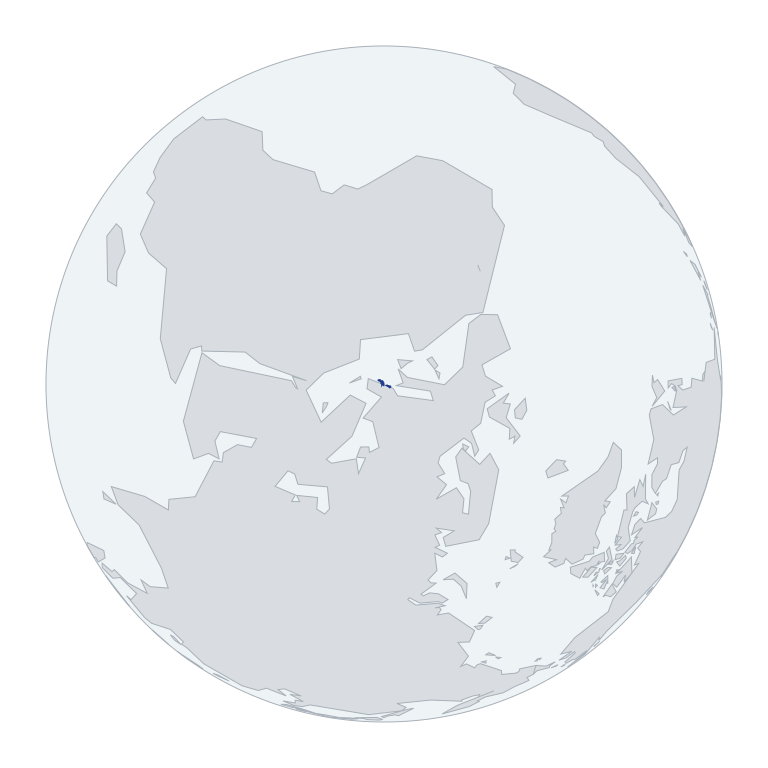 Ionioi Nisoi highlighted on a globe, orthographic projection, rotated 144°
{"feature_id": "GRC-2883", "entity_name": "Ionioi Nisoi", "entity_type": "Region", "adm_level": 1, "iso_a3": "GRC", "parent_name": "Greece", "parent_adm1": "", "projection": "orthographic", "projection_center": [20.478, 38.738], "detail": "fine", "context": "on_globe", "style": "filled", "palette": "blue", "viewbox_px": 768, "rotation_deg": 144, "n_neighbors": 0, "source": "natural_earth", "source_scale": "10m", "svg_char_len": 12931}
<svg xmlns="http://www.w3.org/2000/svg" viewBox="0 0 768 768"><g transform="rotate(144 384 384)"><circle cx="384" cy="384" r="338" fill="#eef3f6" stroke="#a8b0b8"/><path d="M248.6,74.4L255.3,71.8L245.8,75.9L251.6,73.8L263.9,69.0L270.6,66.5L307.3,59.3L348.7,53.2L360.5,50.3L358.9,52.5L380.4,47.3L402.0,47.1L378.3,48.2L376.5,49.2L391.5,49.0L392.8,50.1L400.9,51.0L401.1,52.7L387.3,54.1L387.2,55.5L397.8,55.4L404.8,57.7L389.1,57.4L399.7,61.6L378.5,66.7L336.4,68.0L325.2,75.3L283.5,89.1L287.9,90.4L274.9,97.7L275.2,102.2L267.4,104.3L274.3,106.2L281.4,103.5L286.8,103.7L287.7,106.4L277.8,109.2L276.0,108.3L273.5,110.5L268.3,111.0L271.3,112.3L259.3,115.9L272.3,116.5L263.6,122.9L255.4,124.3L254.9,118.6L234.7,110.7L226.2,111.8L214.7,118.2L195.7,141.0L186.8,145.1L175.8,154.7L181.2,154.4L191.7,147.1L199.1,149.9L211.1,141.4L215.9,141.6L228.8,135.9L228.1,143.0L220.5,153.2L209.7,158.6L206.1,163.6L217.4,164.0L198.4,180.4L187.7,202.8L182.7,206.9L170.8,203.7L168.1,188.8L152.9,187.8L164.0,195.1L151.2,206.5L149.6,211.5L151.1,215.3L156.4,213.8L152.3,219.5L139.7,213.5L143.2,208.2L147.2,209.9L145.8,203.4L137.3,200.9L131.5,207.7L124.7,199.3L120.4,204.3L116.6,205.8L123.8,198.1L110.7,212.1L101.8,209.6L83.7,235.7L100.1,207.5L105.1,197.7L109.6,188.8L106.5,192.8L116.6,177.7L117.4,176.4L132.8,158.0L149.5,140.7L167.3,124.7L186.3,110.0L206.2,96.6L227.0,84.8L248.6,74.4ZM85.4,225.8L84.3,228.0L83.2,229.9L85.4,225.8ZM52.7,317.5L53.8,313.9L54.3,319.2L50.5,334.5L53.7,326.9L51.9,340.5L54.9,362.6L53.7,364.3L55.7,401.6L63.9,430.6L65.7,446.7L64.2,451.2L68.3,460.5L68.5,465.2L90.4,501.3L106.1,527.7L108.6,543.2L101.4,549.2L108.7,576.3L99.5,566.4L87.5,546.1L76.9,525.0L67.8,503.3L60.3,480.9L54.3,458.1L49.9,434.9L47.2,411.4L46.1,387.9L46.7,364.3L48.9,340.8L52.7,317.5ZM79.0,243.1L68.1,276.5L69.4,266.0L70.1,266.0L73.8,255.5L79.2,241.1L81.8,233.4L79.0,243.1ZM85.0,238.8L86.5,234.2L85.7,237.7L85.0,238.8ZM273.4,65.4L264.0,68.9L252.4,73.2L260.0,70.0L273.4,65.4ZM295.7,59.3L291.7,60.8L285.6,61.7L289.8,60.5L295.7,59.3ZM368.6,48.5L360.7,49.1L367.9,48.2L368.6,48.5ZM401.9,50.9L403.8,50.5L407.2,51.2L401.9,50.9ZM228.3,132.6L228.5,134.2L226.0,134.4L228.3,132.6ZM233.7,128.7L230.6,127.8L232.7,125.9L234.5,126.5L233.7,128.7ZM410.7,54.6L415.6,56.2L408.2,54.7L410.7,54.6ZM237.0,130.5L236.8,122.6L240.6,119.4L250.8,119.2L237.0,130.5ZM416.9,57.4L428.9,62.1L434.0,61.4L426.4,66.9L418.7,60.5L408.8,58.6L415.6,58.6L416.9,57.4ZM283.3,101.6L275.8,104.5L281.3,99.8L283.3,101.6ZM285.5,98.6L294.7,85.2L306.2,82.7L300.8,87.4L315.1,82.8L316.2,88.1L308.6,91.8L300.9,92.2L307.2,94.1L285.5,98.6ZM420.3,69.6L421.2,71.2L417.6,69.8L420.3,69.6ZM289.4,103.4L290.3,100.7L300.3,98.2L300.4,103.3L297.2,102.4L289.4,103.4ZM318.3,79.3L325.8,78.7L328.7,82.7L332.0,83.1L317.2,88.0L318.3,79.3ZM295.3,104.3L300.3,106.0L296.3,109.8L289.3,106.0L295.3,104.3ZM302.8,95.5L307.6,94.7L305.0,96.8L302.8,95.5ZM284.9,124.9L285.7,121.1L291.0,119.4L284.9,124.9ZM302.4,106.5L303.7,105.2L305.9,104.3L308.3,106.2L302.4,106.5ZM320.3,90.8L320.0,92.8L326.5,88.9L329.0,92.2L318.6,95.1L324.1,95.2L324.9,96.3L315.6,97.5L320.3,90.8ZM317.2,105.5L304.9,111.0L302.3,118.1L297.5,119.6L302.6,108.1L317.2,105.5ZM317.1,100.6L316.1,103.9L310.6,103.9L308.0,101.7L317.1,100.6ZM334.4,93.6L333.3,87.8L335.6,87.4L334.4,93.6ZM317.5,107.5L320.5,106.2L318.0,108.0L317.5,107.5ZM330.4,97.7L329.7,95.6L332.4,95.2L330.4,97.7ZM327.0,105.5L323.0,107.1L321.1,105.6L327.0,105.5ZM329.4,101.9L333.2,101.9L322.8,104.0L328.7,101.0L329.4,101.9ZM333.0,97.7L334.4,96.8L332.9,98.7L333.0,97.7ZM336.7,111.0L324.0,114.0L319.7,110.3L332.6,107.8L336.7,111.0ZM205.3,530.2L182.3,477.9L192.4,463.4L193.3,441.5L262.0,383.7L277.6,391.7L332.9,389.1L340.0,392.6L334.6,410.4L376.9,433.7L389.3,418.7L426.5,428.3L450.6,424.8L457.3,390.0L417.8,394.9L409.9,378.9L440.6,360.6L475.0,356.9L473.0,350.7L450.4,339.8L457.3,326.4L442.4,335.0L449.2,340.8L440.0,346.8L433.3,342.0L436.0,337.2L425.4,335.5L415.2,360.1L420.9,368.7L393.7,374.9L400.6,390.1L393.5,397.6L379.2,375.1L379.9,366.4L353.9,341.6L350.7,351.0L375.0,375.5L367.8,373.6L363.7,387.9L361.2,375.6L335.5,347.8L310.3,351.4L279.7,383.1L264.7,383.3L251.4,373.3L261.0,338.2L293.5,341.9L297.3,330.8L289.5,312.5L300.0,315.6L300.8,309.0L313.0,309.8L328.8,295.4L341.0,294.8L346.1,275.0L353.0,272.3L348.0,284.6L351.1,293.3L381.2,292.6L386.7,288.3L387.5,275.8L395.7,277.7L392.6,265.8L409.4,260.1L386.4,257.5L386.8,244.1L396.2,233.6L392.2,229.0L376.9,246.4L374.5,253.9L379.0,261.0L368.9,282.8L358.8,286.3L353.8,262.7L339.0,265.6L341.6,247.1L381.4,209.5L398.6,202.1L429.5,216.4L426.3,225.0L413.5,223.9L426.4,236.7L424.8,230.0L431.6,232.0L433.7,220.8L438.6,221.8L432.2,209.8L438.4,209.7L442.4,217.3L450.8,202.0L463.5,199.6L463.0,195.7L458.9,192.3L477.7,192.2L476.6,189.4L470.0,188.3L463.3,182.3L458.9,172.0L465.7,172.5L468.2,176.3L483.6,185.5L489.2,196.3L491.5,195.5L488.2,186.4L469.4,175.0L464.9,168.7L474.4,172.9L470.6,170.8L470.4,167.9L476.6,165.8L466.4,160.8L455.6,131.3L466.5,125.1L476.1,131.5L475.7,114.2L487.9,110.4L481.8,109.1L477.5,101.1L473.6,102.1L470.3,101.0L457.4,83.1L459.6,79.9L447.1,72.5L443.9,72.1L441.6,73.8L426.4,66.9L434.0,61.4L440.8,62.5L440.9,59.0L456.3,62.4L469.2,64.2L485.9,71.2L494.6,72.7L493.6,71.3L504.7,73.0L530.9,82.9L513.9,81.0L475.6,71.2L491.6,75.3L489.2,76.5L495.8,79.5L507.0,82.7L507.5,81.6L531.9,100.8L561.3,117.9L556.2,109.5L561.6,109.1L590.6,125.4L632.4,167.8L639.9,171.1L646.1,177.3L652.0,187.0L643.3,178.1L641.7,180.4L635.9,174.4L642.5,188.3L634.4,180.3L643.6,195.8L649.4,199.1L646.5,189.2L657.9,207.0L665.8,209.9L676.1,223.1L694.2,263.5L698.6,286.8L700.8,292.5L697.8,293.2L701.0,310.9L712.6,326.9L714.9,335.3L716.7,364.0L715.4,358.2L707.3,359.9L711.1,382.4L717.5,386.2L719.8,401.1L717.3,404.7L714.3,392.2L711.3,392.3L708.3,373.8L698.6,353.8L695.7,368.2L692.3,357.5L678.5,345.7L672.3,365.9L665.0,413.9L670.1,442.6L664.9,461.3L643.6,433.6L632.5,408.8L625.8,417.1L603.1,403.8L566.8,421.8L560.8,416.0L554.2,422.9L538.1,421.0L528.5,410.6L519.1,414.8L544.4,441.7L554.4,437.2L561.4,420.3L566.7,431.0L582.1,435.3L568.2,471.8L512.9,516.3L506.1,495.4L456.9,441.0L457.6,433.2L457.4,432.4L456.7,431.0L453.6,443.9L444.7,432.2L472.4,473.4L477.6,491.5L512.1,517.8L509.2,522.0L519.9,526.0L552.4,507.0L552.9,514.3L538.4,552.1L492.1,605.1L497.5,628.4L493.0,648.5L462.6,666.0L463.7,678.2L447.8,684.7L445.8,691.1L432.1,698.8L409.9,705.9L373.7,706.8L372.7,702.2L356.4,691.5L334.3,659.8L344.6,644.3L341.9,630.7L315.6,596.2L321.4,577.4L314.1,568.2L299.2,568.5L290.6,557.1L281.4,555.4L223.5,549.4L205.3,530.2ZM239.8,418.6L238.2,425.2L239.8,418.6ZM512.7,370.2L532.3,365.2L521.0,346.4L527.7,343.2L521.4,338.4L520.1,345.2L504.4,331.2L512.0,322.2L508.4,313.6L501.6,314.9L490.2,334.0L512.6,353.5L509.1,363.7L512.7,370.2ZM55.1,363.1L55.1,368.8L54.2,365.3L55.1,363.1ZM67.1,270.2L66.0,275.0L64.6,279.6L65.0,276.9L67.1,270.2ZM63.9,308.7L63.8,315.3L62.8,311.0L63.9,308.7ZM66.9,281.5L63.8,304.1L62.1,297.7L64.4,283.8L64.2,289.8L66.9,281.5ZM80.4,244.7L79.1,248.5L77.8,250.2L80.4,244.7ZM84.4,241.4L84.5,240.5L86.1,237.1L84.4,241.4ZM152.0,206.8L152.8,207.5L153.1,212.0L150.7,211.5L152.0,206.8ZM168.6,224.5L161.6,233.4L164.8,226.4L160.0,226.8L161.0,213.3L180.2,208.3L171.3,212.7L168.6,224.5ZM167.5,194.9L164.8,203.3L167.0,194.3L167.5,194.9ZM293.2,274.4L297.7,279.4L293.5,286.5L278.1,289.5L283.9,278.8L293.2,274.4ZM305.0,284.9L304.4,261.9L313.9,259.9L308.7,264.8L315.1,265.7L308.3,274.0L318.1,295.4L315.1,303.3L288.2,303.1L298.7,298.5L293.6,293.6L305.0,284.9ZM285.8,213.9L285.7,205.9L306.6,211.6L304.3,218.5L288.8,221.3L282.4,214.8L285.8,213.9ZM255.0,132.5L253.6,130.5L256.3,129.5L259.8,130.4L255.0,132.5ZM284.8,123.2L264.0,141.0L261.4,139.3L252.4,152.7L241.9,153.8L248.0,145.0L233.2,156.3L234.5,148.8L225.3,157.2L240.1,137.4L240.7,131.7L244.0,137.4L253.7,136.4L258.1,134.3L270.9,124.3L277.0,112.4L287.5,110.2L293.4,111.8L293.5,114.3L286.6,114.8L291.8,117.8L281.9,120.5L284.8,123.2ZM355.8,142.6L347.7,140.4L356.4,150.4L346.5,151.7L348.2,152.8L341.5,157.0L336.2,164.2L331.5,163.8L331.5,166.9L327.0,170.0L325.4,174.2L316.5,175.2L313.8,180.5L311.1,178.0L308.8,187.1L306.6,180.9L300.6,184.9L305.9,188.8L262.1,187.8L245.5,193.4L232.8,202.0L230.6,191.1L241.1,176.7L257.8,163.0L274.1,159.6L270.2,155.8L276.9,153.2L277.2,157.3L280.7,149.6L286.2,148.7L301.0,138.8L302.6,129.1L308.1,125.6L310.2,129.0L314.1,123.3L321.9,127.5L326.0,125.3L337.8,127.7L339.6,136.2L344.0,133.1L353.2,135.3L355.8,142.6ZM339.8,111.8L344.3,120.8L341.0,126.2L321.9,119.9L317.1,121.4L304.8,118.4L309.7,110.8L312.8,112.3L316.9,112.0L313.7,114.5L319.4,112.3L323.8,114.5L329.4,113.5L329.3,116.6L339.8,111.8ZM347.4,386.0L352.8,387.0L361.1,386.4L358.6,395.7L347.4,386.0ZM329.5,367.3L334.3,366.4L334.9,378.5L329.3,377.8L329.5,367.3ZM336.5,355.9L334.5,365.4L332.3,359.9L336.5,355.9ZM352.4,283.3L357.4,281.9L358.1,284.8L355.6,289.2L352.4,283.3ZM379.5,175.5L375.4,172.7L376.7,171.1L373.4,162.1L380.4,160.8L385.2,165.8L379.5,175.5ZM450.9,396.9L444.2,404.4L440.4,401.8L443.5,399.7L450.9,396.9ZM399.4,401.6L411.4,405.1L398.6,404.1L399.4,401.6ZM386.6,172.7L384.4,169.0L389.3,170.7L386.6,172.7ZM385.4,159.5L391.0,160.6L380.9,159.7L385.4,159.5ZM547.0,629.9L521.3,666.6L506.4,671.0L505.2,663.7L515.8,643.1L533.6,632.4L542.8,620.4L547.0,629.9ZM719.0,428.0L717.3,430.2L708.6,414.0L711.9,407.2L719.7,408.0L719.3,413.2L720.5,414.2L719.1,427.6L719.0,428.0ZM721.8,392.8L721.8,387.7L721.7,377.8L721.7,372.9L720.5,353.4L721.8,392.8ZM671.4,444.2L678.1,455.6L674.7,462.2L671.4,444.2ZM715.6,319.0L716.0,321.2L711.2,299.5L711.4,300.3L715.6,319.0ZM708.2,288.8L707.8,287.5L707.0,284.6L707.4,286.1L708.2,288.8ZM704.1,300.1L704.3,306.7L702.6,303.0L701.4,292.4L704.1,300.1ZM683.9,234.8L690.1,245.7L692.4,250.4L689.4,246.2L683.9,234.8ZM443.5,161.9L440.3,175.3L442.6,185.3L451.2,190.9L437.7,189.3L434.1,173.8L443.5,161.9ZM453.4,134.7L445.8,130.7L449.9,129.2L452.2,129.9L453.4,134.7ZM448.3,134.6L437.5,135.9L433.8,131.6L443.0,131.3L448.3,134.6ZM412.2,153.2L410.7,157.1L406.8,155.5L412.2,153.2ZM706.4,282.9L706.9,284.7L699.3,264.7L697.8,259.6L704.2,276.2L704.5,276.8L706.4,282.9ZM646.6,173.4L642.7,169.5L639.2,164.4L642.9,168.5L646.6,173.4ZM623.9,146.4L636.9,161.9L646.7,175.5L647.2,174.9L655.7,185.5L651.2,182.0L639.0,166.3L632.8,157.6L625.1,149.9L616.3,140.5L607.6,133.7L601.6,128.3L607.6,132.1L623.9,146.4ZM604.1,131.3L585.8,118.5L582.2,113.3L585.4,114.9L595.3,122.7L596.6,124.9L604.1,131.3ZM580.3,114.1L581.4,116.4L556.7,107.2L550.6,104.2L567.5,107.2L569.4,109.7L576.1,113.2L580.3,114.1ZM424.6,71.0L421.5,71.2L422.8,70.0L424.6,71.0ZM468.3,101.7L464.0,100.0L465.7,98.3L468.3,101.7ZM453.2,94.6L454.3,97.7L450.4,94.1L453.2,94.6ZM457.1,105.0L453.3,98.8L460.9,105.1L457.1,105.0Z" fill="#d9dde1" stroke="#a8b0b8" stroke-width="1"/><path d="M385.2,388.0L385.1,387.9L384.9,387.8L384.8,387.7L384.6,387.6L384.4,387.8L384.1,387.7L384.1,387.4L384.0,387.2L384.1,387.3L384.1,387.2L383.9,386.8L383.8,386.7L383.8,386.8L383.8,387.1L383.8,387.3L383.7,387.4L383.6,387.5L383.5,387.4L383.4,387.3L383.4,387.2L383.4,386.9L383.5,386.8L383.5,386.7L383.6,386.4L383.6,386.2L383.7,386.3L383.8,386.2L383.8,386.3L384.0,386.5L384.1,386.4L384.3,386.3L384.3,386.1L384.2,386.0L384.3,386.1L384.3,385.9L384.3,385.7L384.7,386.3L384.7,386.5L384.7,386.8L384.8,386.9L384.9,386.7L384.9,386.8L385.0,386.8L385.1,387.0L385.3,387.2L385.3,387.3L385.5,387.6L385.5,387.8L385.5,388.0L385.4,388.0L385.3,387.9L385.2,388.0L385.2,388.0ZM382.2,379.9L382.3,380.0L382.4,380.3L382.1,380.2L381.9,380.1L381.7,380.0L381.6,379.9L381.4,379.9L381.5,379.9L381.3,379.8L381.3,379.7L381.3,379.8L381.2,379.7L381.1,379.4L381.1,379.2L380.8,378.9L380.7,378.8L380.6,378.5L380.4,378.5L380.4,378.4L380.4,378.2L380.2,378.1L380.3,377.8L380.4,377.7L380.8,377.7L381.0,377.7L381.3,377.6L381.5,377.7L381.5,377.8L381.6,378.0L381.4,378.1L381.2,378.3L381.1,378.5L381.4,378.7L381.5,378.8L381.4,378.9L381.4,379.0L381.5,379.6L381.8,379.7L381.8,379.8L382.0,379.9L382.2,379.9ZM386.0,389.6L386.4,389.9L386.4,390.1L386.2,390.0L386.1,389.9L385.9,389.9L385.9,390.0L385.7,390.1L385.7,390.3L385.4,390.2L385.2,390.0L385.1,389.9L384.9,389.7L384.7,389.4L384.7,389.2L384.8,388.9L385.0,388.8L385.2,389.0L385.3,389.2L385.4,389.3L385.5,389.2L385.7,389.3L385.9,389.4L386.0,389.6ZM384.5,384.7L384.5,384.8L384.4,384.9L384.3,385.0L384.3,384.8L384.4,384.3L384.5,384.1L384.6,383.7L384.8,383.5L384.9,383.4L385.0,383.3L385.1,383.5L385.1,383.8L385.2,384.0L385.0,384.3L385.1,384.2L385.1,384.3L385.1,384.6L384.9,384.8L384.9,384.7L384.8,384.8L384.7,384.8L384.8,384.9L384.7,384.9L384.6,384.7L384.5,384.7ZM385.1,386.0L385.3,386.2L385.2,386.2L385.2,386.3L385.3,386.4L385.2,386.5L385.0,386.4L384.9,386.2L384.8,385.9L384.7,385.7L384.8,385.5L384.8,385.4L384.9,385.5L385.0,385.7L385.0,385.8L384.9,386.1L385.0,386.2L385.1,386.0ZM386.2,384.5L386.0,384.8L385.9,384.8L385.9,384.6L386.0,384.6L386.2,384.5ZM382.5,381.0L382.7,381.3L382.4,381.2L382.5,381.0ZM385.5,384.4L385.5,384.5L385.4,384.5L385.4,384.8L385.5,384.8L385.4,384.8L385.3,384.7L385.2,384.5L385.2,384.4L385.3,384.4L385.5,384.4L385.5,384.4ZM386.1,384.8L386.0,385.0L385.9,385.1L386.1,384.8L386.1,384.8Z" fill="#3b82f6" stroke="#1e3a8a" stroke-width="1.5"/></g></svg>